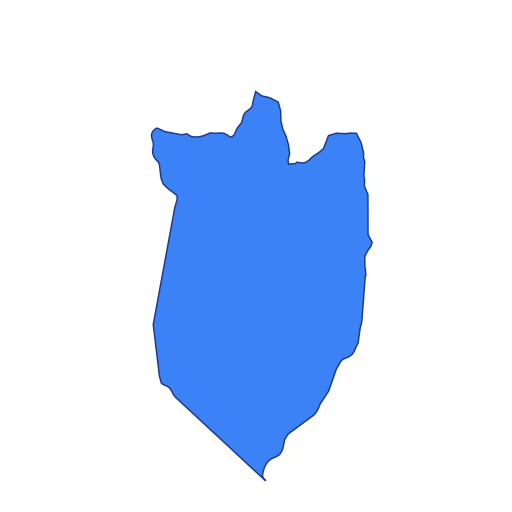 Karonga, Albers equal-area conic projection, rotated 43°
{"feature_id": "MWI-1194", "entity_name": "Karonga", "entity_type": "District", "adm_level": 1, "iso_a3": "MWI", "parent_name": "Malawi", "parent_adm1": "", "projection": "albers", "projection_center": [33.981, -10.031], "detail": "fine", "context": "isolated", "style": "filled", "palette": "blue", "viewbox_px": 512, "rotation_deg": 43, "n_neighbors": 0, "source": "natural_earth", "source_scale": "10m", "svg_char_len": 1842}
<svg xmlns="http://www.w3.org/2000/svg" viewBox="0 0 512 512"><g transform="rotate(43 256 256)"><path d="M245.7,97.8L255.5,101.4L264.2,107.1L264.6,107.4L267.3,110.6L271.2,112.8L280.7,124.4L282.9,125.6L287.7,131.0L295.9,134.7L323.2,163.8L331.7,166.9L333.4,170.7L334.1,175.8L335.5,181.2L337.1,183.5L343.4,190.0L344.7,190.7L349.8,195.6L350.1,196.8L378.1,231.8L381.3,237.7L389.8,249.7L393.0,259.5L393.4,262.6L392.8,265.9L390.3,271.5L389.7,274.3L391.9,284.0L401.2,305.1L403.8,320.3L406.1,326.6L406.7,330.1L406.7,333.2L400.9,364.3L402.1,370.5L407.5,379.6L408.7,384.9L408.1,387.6L405.5,394.0L404.9,397.7L405.1,399.2L405.3,401.5L406.6,405.4L408.5,409.2L410.7,412.4L413.1,413.5L415.6,413.4L416.5,413.7L415.3,413.9L293.9,414.2L290.2,413.7L284.1,411.6L281.5,411.5L278.8,412.2L275.3,413.4L273.4,413.5L267.4,409.8L227.6,376.2L163.4,275.7L160.2,269.2L158.1,266.4L156.1,265.7L145.9,266.7L139.5,266.7L136.9,265.7L133.3,263.7L123.7,255.6L121.5,254.2L120.3,254.0L116.6,253.6L113.5,253.0L110.5,251.3L108.4,249.3L106.1,245.9L104.7,244.2L102.8,242.7L100.8,241.7L97.4,239.3L96.1,237.2L95.5,234.9L95.7,231.3L96.2,230.3L97.4,229.5L104.5,227.2L118.1,218.6L119.6,217.3L121.3,214.8L122.2,213.8L125.8,213.1L128.1,212.3L131.9,209.0L133.7,206.7L135.6,203.8L138.1,198.1L139.1,196.7L142.1,194.4L145.7,190.7L147.5,189.1L149.2,188.0L151.3,187.4L156.1,186.5L157.2,184.8L157.3,181.7L155.5,176.8L154.9,173.9L154.5,168.6L153.3,165.9L151.4,162.6L150.5,160.0L150.3,157.9L151.2,153.0L151.3,149.8L150.2,147.4L149.0,146.0L143.6,136.0L150.9,135.0L158.3,130.8L167.3,128.3L175.1,133.1L182.3,140.4L189.6,145.2L196.2,147.9L204.2,152.7L210.9,158.4L214.0,164.1L217.3,166.5L221.9,161.4L221.9,159.5L226.1,156.8L228.4,153.8L229.4,150.1L229.6,144.9L231.6,136.3L232.1,131.3L226.9,118.5L231.1,111.3L237.7,105.8L241.1,101.9L245.7,97.8Z" fill="#3b82f6" stroke="#1e3a8a" stroke-width="1.5"/></g></svg>